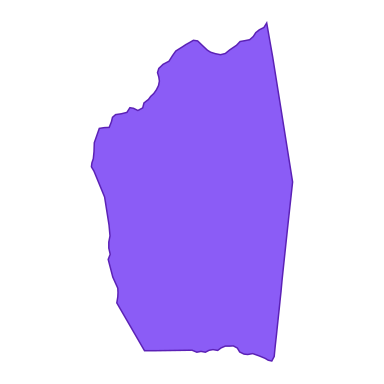 Fátima, Bahia, Brazil
{"feature_id": "56859067B62800644431285", "entity_name": "Fátima", "entity_type": "district", "adm_level": 2, "iso_a3": "BRA", "parent_name": "Brazil", "parent_adm1": "Bahia", "projection": "orthographic", "projection_center": [-38.212, -10.587], "detail": "fine", "context": "isolated", "style": "filled", "palette": "violet", "viewbox_px": 384, "rotation_deg": 0, "n_neighbors": 0, "source": "geoboundaries", "source_scale": "gbopen_adm2", "svg_char_len": 1313}
<svg xmlns="http://www.w3.org/2000/svg" viewBox="0 0 384 384"><path d="M271.8,361.0L274.2,356.5L275.1,347.1L276.5,334.5L277.0,329.6L279.2,309.0L280.4,297.3L281.0,291.7L282.2,278.7L287.8,225.9L292.6,182.0L281.0,109.1L272.7,57.1L266.7,23.0L263.9,27.5L259.3,29.8L255.8,32.6L253.3,36.5L249.7,39.7L244.7,40.7L240.1,41.5L236.5,45.3L229.7,49.9L225.3,53.5L220.5,54.7L215.4,53.7L210.6,52.2L207.4,50.2L202.2,45.3L197.6,40.9L193.4,40.3L189.6,42.5L185.8,44.6L182.8,46.6L178.8,49.1L175.8,51.0L172.6,55.5L169.0,61.2L163.1,64.3L158.8,68.4L157.5,72.6L158.8,77.0L159.4,81.1L158.5,85.6L156.4,89.8L153.8,93.5L150.7,96.4L148.5,99.4L144.0,102.9L142.7,107.9L137.9,110.5L133.5,108.3L129.9,107.7L126.9,112.4L121.2,113.8L115.6,114.6L112.5,117.3L111.4,121.8L109.2,127.4L104.4,127.6L99.3,128.4L94.3,142.7L94.0,151.8L93.3,158.7L91.9,162.9L91.4,166.8L94.0,171.2L104.6,197.0L109.0,224.9L110.0,235.9L108.8,242.1L108.8,248.1L110.2,254.3L108.2,259.4L112.8,277.1L115.5,283.1L117.8,288.2L118.0,292.7L117.8,296.8L116.8,302.9L144.5,350.7L155.5,350.7L192.0,350.2L196.8,352.2L201.0,351.4L205.4,352.2L209.1,350.3L213.0,349.6L217.7,350.4L221.1,347.9L225.3,346.1L229.7,346.1L233.3,345.9L237.3,348.0L239.7,352.0L244.0,354.1L247.7,354.5L252.7,353.6L259.2,355.9L265.0,358.3L268.2,360.2L271.8,361.0Z" fill="#8b5cf6" stroke="#5b21b6" stroke-width="1.5"/></svg>